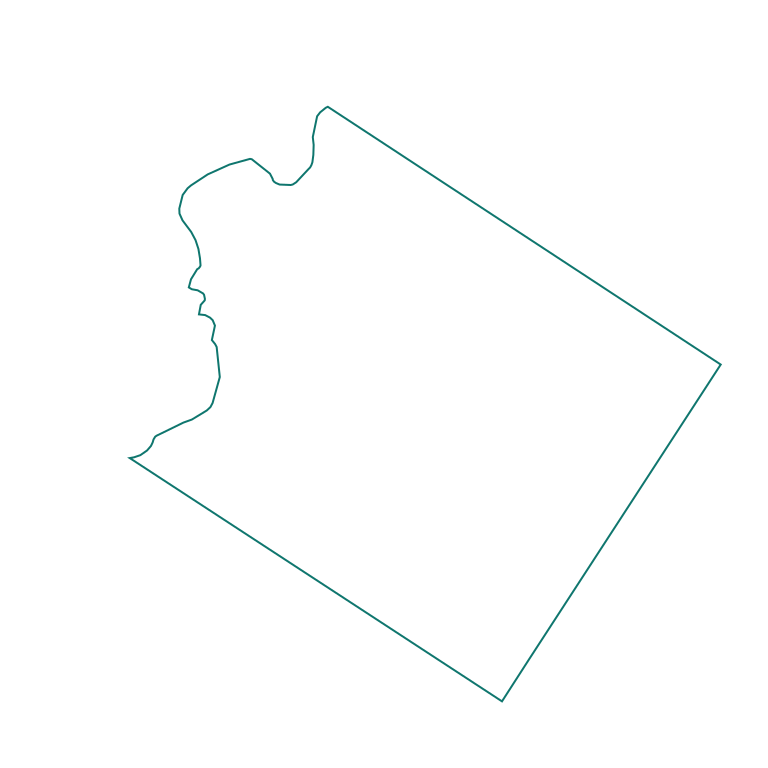 outline of Montague, Texas, United States of America, rotated 303°
{"feature_id": "52423323B98336857110967", "entity_name": "Montague", "entity_type": "district", "adm_level": 2, "iso_a3": "USA", "parent_name": "United States of America", "parent_adm1": "Texas", "projection": "robinson", "projection_center": [-97.721, 33.713], "detail": "fine", "context": "isolated", "style": "outline", "palette": "teal", "viewbox_px": 768, "rotation_deg": 303, "n_neighbors": 0, "source": "geoboundaries", "source_scale": "gbopen_adm2", "svg_char_len": 1078}
<svg xmlns="http://www.w3.org/2000/svg" viewBox="0 0 768 768"><g transform="rotate(303 384 384)"><path d="M583.7,655.8L585.9,185.9L583.9,184.7L577.1,182.5L572.1,182.1L557.2,187.9L552.3,189.8L546.2,194.8L537.6,200.0L530.9,203.2L528.0,203.9L525.4,204.1L523.0,203.6L505.4,200.5L501.6,198.8L500.1,197.4L494.4,187.8L493.7,183.8L493.8,181.5L494.5,179.7L495.4,178.9L498.3,173.8L500.5,150.7L499.8,149.0L483.9,134.9L463.8,122.0L445.5,114.0L441.2,112.7L432.9,112.2L419.6,116.8L415.5,119.7L411.5,125.9L406.5,139.5L402.0,147.6L396.2,154.8L389.2,161.2L383.6,165.5L382.4,165.8L380.1,165.6L378.5,164.8L366.7,165.1L358.7,167.7L358.8,171.2L361.1,176.7L361.4,182.9L360.8,184.5L357.9,187.4L356.5,188.1L350.6,187.2L341.6,190.9L344.4,196.5L344.9,202.0L344.2,205.6L340.9,210.4L327.1,215.7L325.5,220.6L323.9,223.5L300.4,242.5L274.7,250.6L270.1,251.0L265.3,249.8L249.5,242.2L242.4,236.8L216.9,221.5L215.2,220.8L212.0,220.9L209.0,221.8L205.1,222.3L199.2,221.5L191.6,218.4L186.4,214.3L183.4,211.1L182.2,623.2L182.1,655.8L231.8,655.6L583.7,655.8Z" fill="none" stroke="#0f766e" stroke-width="2"/></g></svg>